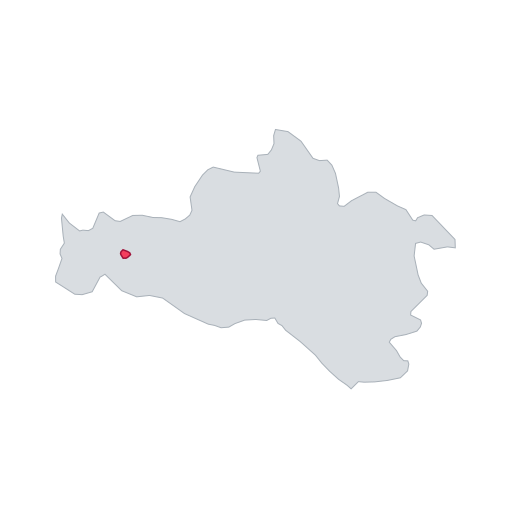 Slovenia, with Trnovska vas highlighted, rotated 210°
{"feature_id": "SVN-230", "entity_name": "Trnovska vas", "entity_type": "Municipality", "adm_level": 1, "iso_a3": "SVN", "parent_name": "Slovenia", "parent_adm1": "", "projection": "albers", "projection_center": [15.891, 46.523], "detail": "fine", "context": "in_parent", "style": "filled", "palette": "rose", "viewbox_px": 512, "rotation_deg": 210, "n_neighbors": 0, "source": "natural_earth", "source_scale": "10m", "svg_char_len": 2007}
<svg xmlns="http://www.w3.org/2000/svg" viewBox="0 0 512 512"><g transform="rotate(210 256 256)"><path d="M444.7,195.4L434.1,191.2L421.3,189.5L418.9,191.8L413.8,194.2L411.2,198.4L413.3,214.8L410.2,217.7L395.7,216.1L390.9,218.0L383.0,229.5L374.9,234.4L364.5,237.8L356.9,242.0L347.3,245.6L339.0,247.7L335.8,252.7L333.8,258.3L334.3,263.6L342.6,274.2L343.7,285.5L342.8,299.3L340.8,306.7L337.5,311.6L316.7,317.8L295.1,329.0L294.6,331.6L304.4,341.7L304.7,344.2L296.6,349.9L295.7,355.6L296.6,362.3L300.9,369.1L302.4,375.3L290.5,379.7L274.4,377.9L255.5,369.1L248.8,370.3L242.3,374.6L235.7,372.6L228.5,367.3L218.4,356.1L213.5,349.3L211.6,342.1L208.8,341.1L204.5,343.1L200.9,351.7L191.1,367.1L184.0,371.2L173.4,370.1L158.6,370.1L149.3,371.1L138.1,365.4L135.3,366.3L135.2,370.0L130.9,375.6L123.8,379.1L91.9,369.8L87.5,362.7L94.8,359.6L105.2,350.9L112.0,352.1L120.4,350.4L124.1,346.7L119.1,335.1L106.2,320.7L99.3,315.1L89.7,311.3L88.1,307.5L94.1,285.4L92.6,282.2L81.5,282.9L79.0,280.5L78.2,276.7L79.1,271.4L86.8,263.0L95.3,255.6L97.6,251.3L97.5,248.0L87.0,244.3L80.7,240.6L75.7,239.2L72.1,241.1L69.6,238.8L67.3,232.3L70.1,222.7L79.9,214.0L90.3,206.3L99.4,200.7L104.5,198.4L107.2,188.5L112.5,189.6L122.9,190.5L134.6,193.0L145.4,196.1L154.9,199.8L174.9,204.0L193.2,206.5L198.7,208.7L203.2,208.6L208.7,211.7L212.0,209.5L214.5,205.5L224.5,200.9L233.8,194.8L240.4,187.0L244.0,180.8L250.4,176.4L257.1,175.2L263.3,173.1L289.2,170.4L315.8,172.9L328.5,168.6L338.9,161.0L354.2,158.9L355.0,158.8L377.7,164.7L379.5,161.3L380.5,159.8L380.0,143.1L387.2,135.6L393.8,132.3L416.5,133.3L419.5,138.4L420.8,146.3L422.8,156.9L426.7,159.8L428.8,164.0L428.4,171.3L432.9,176.8L443.4,191.5L444.7,195.4Z" fill="#d9dde1" stroke="#a8b0b8" stroke-width="1"/><path d="M369.9,187.6L373.7,189.6L374.5,190.4L374.7,190.9L374.9,191.7L375.0,192.3L374.3,194.9L369.4,195.7L366.9,195.6L365.4,194.5L365.7,192.9L366.1,192.2L366.3,191.2L366.7,190.5L367.0,189.8L367.6,189.0L369.0,188.3L369.9,187.6Z" fill="#f43f5e" stroke="#9f1239" stroke-width="1.5"/></g></svg>